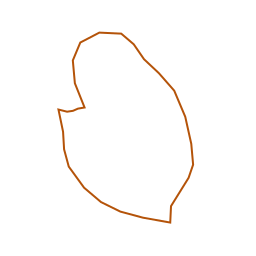 SVG path tracing the border of Saint Helena, rotated 121°
{"feature_id": "SHN-4864", "entity_name": "Saint Helena", "entity_type": "state/province", "adm_level": 1, "iso_a3": "SHN", "parent_name": "Saint Helena", "parent_adm1": "", "projection": "equal_earth", "projection_center": [-5.718, -15.959], "detail": "fine", "context": "isolated", "style": "outline", "palette": "amber", "viewbox_px": 256, "rotation_deg": 121, "n_neighbors": 0, "source": "natural_earth", "source_scale": "10m", "svg_char_len": 484}
<svg xmlns="http://www.w3.org/2000/svg" viewBox="0 0 256 256"><g transform="rotate(121 128 128)"><path d="M125.9,53.3L139.5,50.4L172.8,50.9L187.3,43.1L197.2,69.1L203.6,91.5L205.4,113.0L201.8,134.9L191.6,158.9L179.2,171.8L164.7,181.7L148.0,197.1L145.4,188.6L141.6,184.0L137.2,180.9L132.8,175.8L117.0,196.6L98.5,210.1L79.3,212.9L61.0,201.7L50.6,182.4L53.3,166.2L60.8,149.7L65.1,129.8L72.2,107.6L88.9,84.7L109.0,65.6L125.9,53.3Z" fill="none" stroke="#b45309" stroke-width="2"/></g></svg>